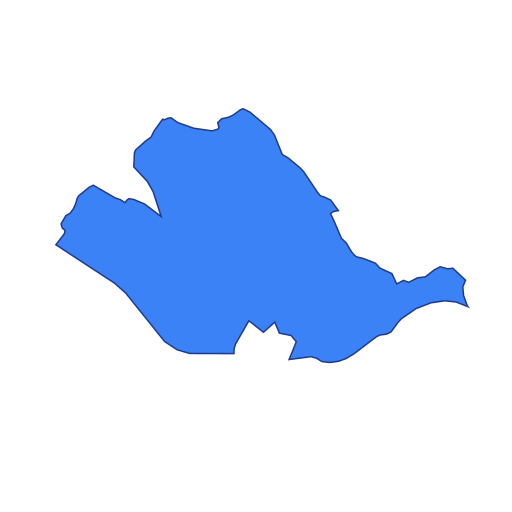 an SVG outline of Ventspils, rotated 234°
{"feature_id": "LVA-934", "entity_name": "Ventspils", "entity_type": "Municipality", "adm_level": 1, "iso_a3": "LVA", "parent_name": "Latvia", "parent_adm1": "", "projection": "robinson", "projection_center": [21.854, 57.3], "detail": "fine", "context": "isolated", "style": "filled", "palette": "blue", "viewbox_px": 512, "rotation_deg": 234, "n_neighbors": 0, "source": "natural_earth", "source_scale": "10m", "svg_char_len": 1620}
<svg xmlns="http://www.w3.org/2000/svg" viewBox="0 0 512 512"><g transform="rotate(234 256 256)"><path d="M90.4,397.7L101.2,390.8L108.8,382.4L115.3,370.0L119.4,354.5L119.8,336.8L118.9,332.2L115.2,320.6L116.0,315.9L119.2,309.8L119.9,306.0L119.3,277.7L120.1,268.6L122.3,260.9L126.4,253.2L131.8,247.3L137.6,244.9L142.2,241.4L152.8,221.9L158.2,230.7L163.0,238.2L171.0,237.7L179.8,229.6L191.5,232.3L189.9,217.2L207.8,212.2L196.9,187.9L193.7,183.6L190.0,180.8L216.1,145.1L226.4,137.1L240.5,131.8L302.5,128.8L317.1,125.6L382.7,100.7L386.7,114.1L388.9,116.6L392.6,115.7L396.6,117.2L400.4,125.9L399.9,130.8L401.6,136.1L404.5,141.2L407.7,145.1L408.9,147.8L409.7,161.6L408.9,166.0L386.0,176.1L381.2,179.4L376.1,181.4L377.1,184.3L377.1,186.9L373.5,190.4L363.8,196.3L343.7,202.5L368.5,210.6L380.2,211.9L399.9,209.5L404.9,213.5L410.7,218.1L412.5,220.7L413.9,233.8L413.9,241.1L416.9,246.7L421.6,260.8L420.1,261.9L419.1,266.2L417.7,268.5L409.8,271.2L396.1,280.6L383.0,294.1L381.0,300.0L381.7,301.5L386.4,303.4L387.2,309.0L384.9,314.1L383.8,317.9L383.6,319.7L383.4,321.5L383.5,328.9L383.2,330.7L382.6,332.2L375.9,335.7L349.7,342.1L343.0,342.0L322.7,336.9L316.3,339.7L301.3,343.5L296.1,344.1L270.3,343.2L266.8,343.5L263.5,345.9L257.4,349.3L244.3,349.3L246.4,344.9L246.5,342.9L246.3,341.1L238.8,339.8L220.1,335.5L213.6,336.7L204.1,335.8L200.6,335.8L196.4,336.7L191.3,341.1L180.0,348.4L173.5,349.1L161.8,355.6L150.7,353.4L149.6,361.0L144.9,364.1L143.4,373.9L139.6,380.7L140.0,392.2L139.0,398.7L133.0,403.5L130.4,408.1L113.2,411.3L109.5,405.2L102.0,400.7L91.6,397.7L90.4,397.7Z" fill="#3b82f6" stroke="#1e3a8a" stroke-width="1.5"/></g></svg>